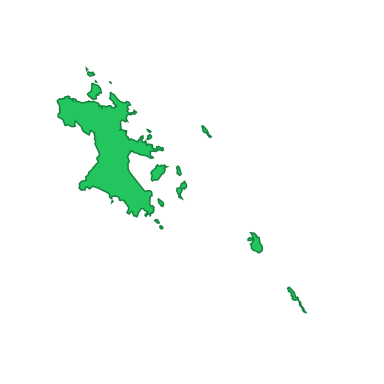 Mueang Phuket, Phuket, Thailand (Robinson projection), rotated 304°
{"feature_id": "78962969B33531913696438", "entity_name": "Mueang Phuket", "entity_type": "district", "adm_level": 2, "iso_a3": "THA", "parent_name": "Thailand", "parent_adm1": "Phuket", "projection": "robinson", "projection_center": [98.375, 7.727], "detail": "fine", "context": "isolated", "style": "filled", "palette": "green", "viewbox_px": 384, "rotation_deg": 304, "n_neighbors": 0, "source": "geoboundaries", "source_scale": "gbopen_adm2", "svg_char_len": 6002}
<svg xmlns="http://www.w3.org/2000/svg" viewBox="0 0 384 384"><g transform="rotate(304 192 192)"><path d="M134.0,95.7L132.3,96.0L131.9,98.0L131.0,98.4L131.9,98.4L132.1,100.0L132.8,100.2L133.9,102.2L136.6,101.3L137.7,102.7L137.2,105.3L141.3,106.4L142.8,112.0L144.2,122.3L144.0,124.9L141.9,126.4L141.3,128.3L141.7,129.2L143.2,128.1L144.5,129.1L145.8,130.9L146.7,133.8L146.5,135.0L144.8,136.0L144.9,137.4L146.4,138.3L146.6,142.0L145.7,142.4L145.8,143.3L143.8,148.1L142.0,149.2L138.5,149.6L138.6,152.3L141.7,152.4L142.1,153.1L141.9,154.3L140.4,155.8L139.7,157.7L140.5,158.5L140.7,160.2L143.3,159.8L145.3,158.7L146.3,159.3L149.9,159.0L151.0,161.3L150.2,162.9L150.8,166.0L149.4,168.0L149.6,169.7L148.9,170.6L149.6,170.7L150.5,169.7L151.7,169.8L151.9,170.6L153.8,171.3L154.6,170.6L156.1,170.5L156.9,169.0L158.1,169.1L158.6,167.0L157.3,165.7L158.5,163.6L164.4,160.2L165.7,160.1L166.5,161.0L168.9,159.0L169.6,157.7L169.5,156.4L168.1,154.3L166.5,153.2L166.4,151.5L173.6,129.0L175.4,126.2L178.4,124.0L180.1,122.9L182.2,123.0L185.4,118.7L190.6,118.6L191.3,117.8L191.8,119.4L192.9,120.0L192.3,121.7L193.5,124.4L193.8,127.9L196.6,134.1L196.8,138.6L198.6,140.7L199.1,140.2L198.7,138.0L199.2,136.8L201.6,135.5L201.7,134.9L202.7,135.0L203.3,135.2L203.7,136.6L205.2,138.2L205.0,139.0L208.9,141.4L209.8,144.5L210.8,144.8L212.2,143.6L212.2,142.6L211.3,142.2L211.1,138.8L210.2,138.6L209.7,137.5L208.1,138.7L206.3,136.4L206.3,134.2L206.8,133.6L207.4,134.1L207.6,133.4L208.7,133.1L208.6,131.9L207.1,128.7L206.0,129.1L205.4,128.6L206.6,126.3L207.4,126.5L208.4,124.9L206.4,124.6L206.0,122.9L206.6,121.2L209.5,121.3L211.0,119.8L209.3,118.7L208.4,119.2L207.6,118.7L206.7,119.7L205.7,118.7L203.2,119.0L201.9,111.8L201.1,111.0L200.3,111.2L200.0,110.4L200.5,109.3L201.7,108.8L201.5,107.3L202.5,104.9L204.1,104.5L204.5,103.6L205.3,104.2L206.2,103.1L204.5,100.9L204.8,99.5L203.3,97.5L205.0,97.6L210.3,93.3L213.0,94.0L212.8,97.5L214.5,97.6L214.6,98.9L216.2,96.3L219.7,95.1L221.6,96.9L221.8,98.2L224.0,99.1L224.4,101.0L225.6,100.8L226.6,101.6L227.1,101.3L227.3,100.5L226.8,99.5L227.3,98.4L224.9,98.8L222.1,95.6L223.0,92.5L225.0,93.2L226.2,91.2L227.9,90.2L229.6,92.3L231.1,89.7L230.3,86.9L229.0,87.3L228.3,86.8L226.9,82.2L227.1,79.1L229.2,72.6L228.8,71.4L229.2,69.3L228.7,68.8L225.2,71.2L223.5,71.4L222.9,75.9L222.0,77.6L221.5,77.4L221.4,81.0L220.0,81.2L220.0,80.4L218.1,80.6L217.2,77.7L218.0,76.7L217.1,74.8L214.4,73.1L214.4,71.8L213.6,70.4L211.6,70.2L212.9,69.5L212.9,68.5L211.1,67.1L212.6,66.4L213.2,64.6L212.0,60.1L209.9,57.0L209.6,55.4L208.3,55.5L207.8,54.1L206.5,53.4L204.2,50.6L203.7,47.9L202.1,45.2L203.5,44.9L203.6,43.2L202.8,41.1L201.0,42.3L201.7,40.3L201.0,37.2L202.4,37.3L202.3,35.9L199.9,33.6L197.8,33.6L197.2,32.5L196.4,32.6L195.2,30.2L192.6,29.3L191.1,30.3L190.7,32.4L189.6,33.2L188.9,34.8L186.3,35.9L186.2,36.9L185.2,37.0L184.7,38.0L181.4,37.5L179.3,39.4L179.8,42.7L179.6,45.1L176.3,49.2L176.3,50.0L178.2,51.0L179.1,56.1L181.2,58.4L183.3,56.3L185.6,55.6L184.4,63.5L182.0,66.7L181.3,68.9L181.8,74.8L186.5,73.5L186.3,78.5L185.2,78.5L183.6,80.7L181.5,81.4L180.2,83.9L177.8,84.5L172.2,93.8L170.1,94.8L167.3,94.1L165.8,95.1L165.6,96.4L164.1,97.7L160.3,96.8L158.4,97.0L157.1,96.2L156.1,96.8L150.7,95.5L148.0,96.4L145.2,95.5L142.5,97.8L139.0,94.4L136.0,94.0L134.0,95.7ZM192.4,268.8L192.5,266.4L191.0,263.5L190.3,265.5L189.0,266.6L188.7,268.1L187.5,268.6L186.3,265.3L184.5,264.7L183.2,265.6L184.6,267.8L186.6,268.9L186.8,270.1L182.5,270.2L181.5,269.7L180.5,271.4L178.6,272.9L178.0,275.8L178.9,277.7L179.1,279.6L178.6,280.3L179.1,281.5L180.8,282.5L183.4,282.7L186.0,280.7L187.7,276.8L191.7,273.2L190.9,271.0L191.9,270.1L191.5,269.2L192.4,268.8ZM191.8,148.6L186.2,147.0L185.2,147.7L184.6,147.5L183.3,149.9L180.5,150.8L179.3,151.8L179.1,153.0L181.4,154.2L181.8,155.6L183.2,157.0L189.4,157.0L192.3,158.1L195.7,157.1L195.9,156.0L196.9,155.8L199.0,157.2L198.5,156.1L198.9,154.0L197.7,154.0L197.0,151.5L195.8,151.7L194.8,149.2L195.2,148.3L193.2,147.8L191.8,148.6ZM226.8,49.6L226.0,48.5L225.4,48.6L223.1,50.4L219.6,52.0L214.7,50.5L213.7,53.3L213.5,57.5L214.1,56.7L214.5,59.3L215.6,60.3L216.3,60.4L217.7,58.8L218.8,58.9L220.0,60.0L220.1,59.0L221.3,60.0L222.2,59.8L223.4,61.5L226.8,58.0L226.9,56.5L227.6,55.6L227.6,53.3L226.5,50.9L226.8,49.6ZM189.3,179.7L188.0,179.2L186.8,177.5L184.5,178.7L181.7,183.2L180.4,184.0L180.9,187.6L182.6,183.9L184.5,183.2L187.7,183.0L189.1,181.6L190.3,183.1L190.1,184.0L193.3,184.6L195.2,182.9L195.6,181.2L196.8,180.1L196.3,179.6L194.5,179.8L193.1,178.6L189.3,179.7ZM166.5,325.2L165.3,325.3L164.8,326.8L163.5,327.7L164.2,328.4L163.7,330.6L162.7,332.0L161.5,332.2L161.2,334.6L159.8,334.5L159.3,335.6L159.6,337.7L161.7,339.3L161.5,340.9L163.5,339.3L163.7,338.0L163.0,337.7L162.8,336.7L165.8,333.0L166.7,330.0L167.4,326.1L166.5,325.2ZM251.3,170.6L253.0,164.6L252.3,163.4L248.4,167.7L248.4,169.3L249.2,170.2L247.3,175.3L247.6,176.9L248.8,176.9L248.9,173.7L251.3,170.6ZM200.7,173.0L204.8,168.3L205.6,166.9L205.4,165.6L203.7,165.6L201.7,167.8L199.1,169.3L198.9,172.6L200.7,173.0ZM233.5,38.7L231.4,39.4L230.9,42.4L233.9,45.3L234.9,45.5L235.9,42.8L234.4,42.0L233.5,38.7ZM163.6,175.8L165.5,175.6L167.1,173.9L167.6,168.2L166.8,168.1L164.5,170.8L163.3,174.5L163.6,175.8ZM155.6,354.7L156.4,351.3L157.8,349.8L158.9,345.9L161.3,343.6L161.5,341.9L158.5,344.4L157.5,348.3L155.9,349.9L155.2,352.1L155.6,352.7L155.6,354.7ZM216.1,125.0L213.6,124.0L212.7,125.2L211.0,124.9L210.6,125.4L211.4,126.7L214.7,127.9L215.7,126.8L216.1,125.0ZM148.3,181.9L149.7,178.8L148.5,177.2L147.4,177.2L147.0,180.7L147.7,182.0L148.3,181.9ZM145.3,188.1L146.7,187.0L146.3,184.6L145.0,184.8L144.3,186.2L144.5,187.5L145.3,188.1ZM219.0,124.1L219.2,121.3L218.7,120.1L217.7,122.2L218.1,124.0L219.0,124.1ZM147.9,167.7L149.1,166.3L147.6,165.8L146.4,166.1L146.0,167.4L147.9,167.7ZM138.4,131.4L140.0,131.8L140.2,130.7L138.4,131.4ZM235.2,37.0L235.2,36.4L235.5,35.3L234.0,36.6L235.2,37.0ZM237.0,63.9L237.6,63.3L237.3,62.4L236.9,62.8L237.0,63.9ZM229.7,51.3L230.1,50.3L230.1,49.9L229.3,50.4L229.7,51.3Z" fill="#22c55e" stroke="#15803d" stroke-width="1.5"/></g></svg>